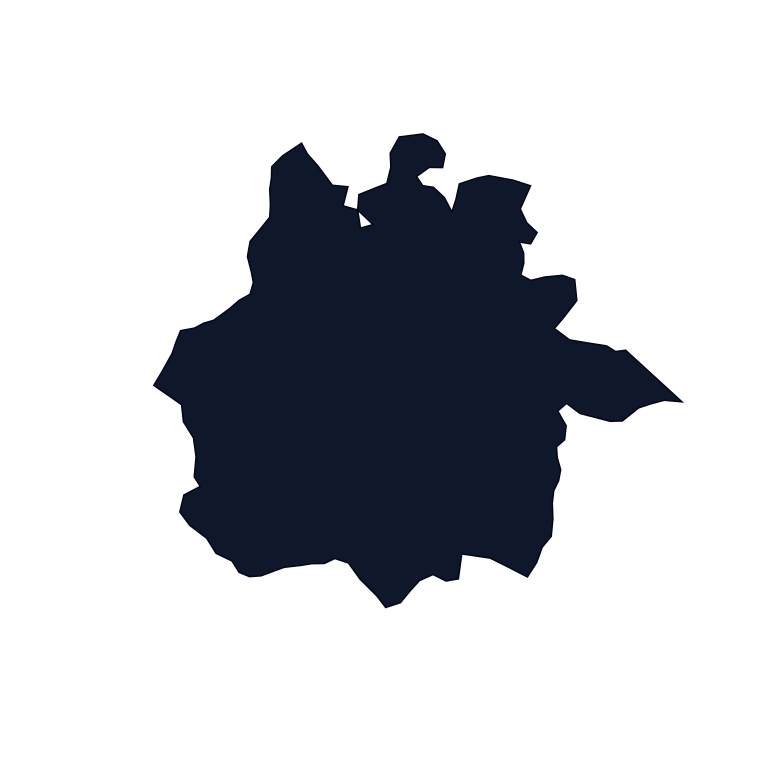 Cerquilho, São Paulo, Brazil, rotated 140°
{"feature_id": "56859067B20358363465828", "entity_name": "Cerquilho", "entity_type": "district", "adm_level": 2, "iso_a3": "BRA", "parent_name": "Brazil", "parent_adm1": "São Paulo", "projection": "albers", "projection_center": [-47.765, -23.188], "detail": "fine", "context": "isolated", "style": "filled", "palette": "ink", "viewbox_px": 768, "rotation_deg": 140, "n_neighbors": 0, "source": "geoboundaries", "source_scale": "gbopen_adm2", "svg_char_len": 1768}
<svg xmlns="http://www.w3.org/2000/svg" viewBox="0 0 768 768"><g transform="rotate(140 384 384)"><path d="M561.9,484.0L564.6,465.2L574.8,449.0L589.1,434.8L590.6,423.7L608.6,427.6L622.7,417.2L623.7,400.5L619.0,379.8L621.5,362.2L614.2,346.0L616.1,332.9L610.9,322.9L601.4,316.0L589.8,311.9L578.4,307.8L563.7,298.1L555.0,292.9L545.0,284.8L533.8,281.9L526.3,269.7L527.8,249.8L525.7,226.2L526.4,211.7L511.9,205.9L496.5,208.8L483.2,210.6L468.9,206.5L463.1,193.2L452.3,186.9L433.7,203.8L414.6,182.4L406.7,164.3L398.2,144.0L381.6,149.2L367.7,157.3L353.8,159.8L341.6,171.8L331.6,184.6L322.5,193.2L312.4,197.7L303.8,204.7L298.5,216.4L292.2,225.0L281.5,225.2L271.3,234.9L268.2,251.6L256.6,251.8L252.8,235.4L234.8,210.1L225.2,202.5L204.3,202.0L193.3,197.7L179.8,191.4L167.2,178.8L177.2,254.6L185.7,260.0L189.0,270.1L201.8,284.8L213.5,298.5L217.8,317.0L204.3,319.3L182.6,324.0L170.8,341.4L177.4,352.5L191.7,362.4L205.0,369.1L209.1,379.5L199.2,386.7L192.8,394.6L189.0,405.7L181.6,397.1L169.3,401.6L171.0,415.6L167.1,430.5L144.3,441.6L154.0,457.1L169.8,476.3L180.6,482.1L197.6,488.9L210.2,479.2L221.4,472.2L217.9,488.0L219.7,502.9L226.8,511.0L225.7,522.0L210.2,520.9L200.0,512.1L189.1,520.9L187.0,536.0L193.4,550.5L213.5,563.5L230.9,556.8L239.4,545.7L252.9,535.8L265.8,540.1L281.5,545.3L292.3,534.2L300.8,546.8L284.8,558.3L295.8,569.4L294.4,593.7L294.8,609.5L292.3,621.5L315.1,624.0L330.4,622.6L337.5,614.5L346.4,606.6L355.9,594.2L364.4,585.2L379.5,582.2L394.9,579.3L406.7,569.4L413.9,554.5L418.9,545.7L428.9,538.9L441.1,541.2L453.9,541.0L473.6,542.3L482.7,546.4L493.3,548.7L505.5,555.6L516.5,549.8L526.9,543.5L546.6,536.0L561.3,530.9L555.9,511.5L552.4,498.2L561.9,484.0ZM292.3,534.2L290.0,513.2L301.8,518.6L292.3,534.2Z" fill="#0f172a" stroke="#020617" stroke-width="1.5"/></g></svg>